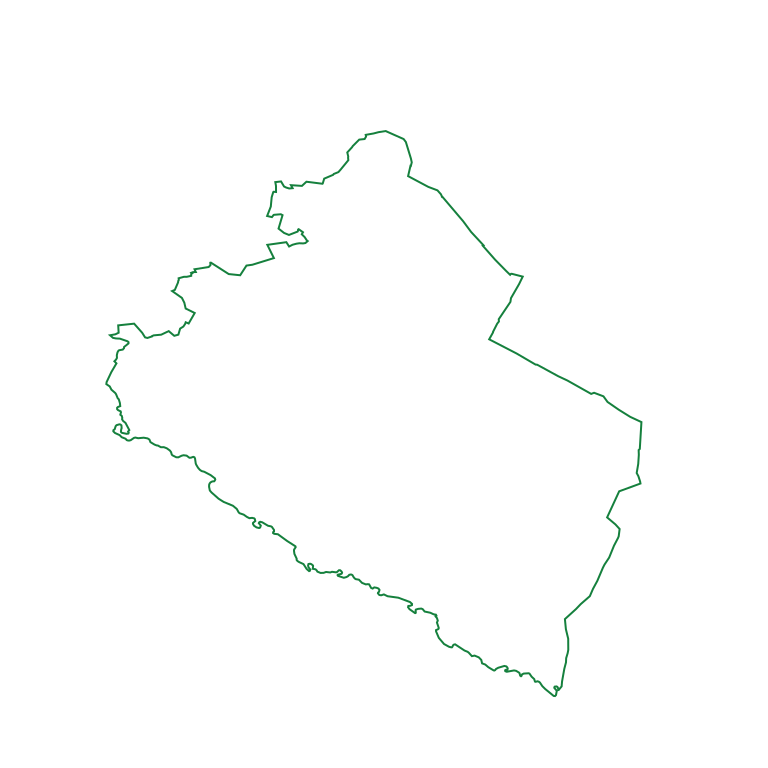 the district of Kantinieku pag., Rezeknes, Latvia, rotated 19°
{"feature_id": "27541924B86344078338923", "entity_name": "Kantinieku pag.", "entity_type": "district", "adm_level": 2, "iso_a3": "LVA", "parent_name": "Latvia", "parent_adm1": "Rezeknes", "projection": "natural_earth1", "projection_center": [27.111, 56.59], "detail": "fine", "context": "isolated", "style": "outline", "palette": "green", "viewbox_px": 768, "rotation_deg": 19, "n_neighbors": 0, "source": "geoboundaries", "source_scale": "gbopen_adm2", "svg_char_len": 6165}
<svg xmlns="http://www.w3.org/2000/svg" viewBox="0 0 768 768"><g transform="rotate(19 384 384)"><path d="M303.2,144.3L296.8,147.7L292.6,150.5L285.6,154.4L286.5,155.9L285.9,158.7L281.0,161.0L277.0,169.2L276.7,170.5L273.9,177.0L276.1,180.5L276.4,181.8L277.4,184.0L273.1,195.6L271.9,198.5L268.1,201.8L267.8,202.8L260.6,209.3L260.8,214.4L260.6,214.7L244.8,218.0L241.9,223.4L231.3,226.3L233.8,228.6L230.7,230.0L227.6,230.1L225.2,229.8L220.7,226.0L215.5,228.5L217.4,231.9L219.4,237.6L217.0,238.2L216.8,238.6L217.0,244.0L219.2,253.1L218.8,263.2L223.7,262.7L224.6,260.1L225.0,259.8L231.2,257.1L233.1,257.4L233.7,271.4L240.3,273.7L245.6,274.0L252.7,268.0L252.8,267.2L252.5,265.9L252.9,265.4L258.0,266.9L257.5,269.2L261.1,270.9L264.2,273.3L265.3,273.7L263.8,276.3L261.8,277.4L258.1,278.5L255.6,279.8L252.2,282.1L249.5,284.9L245.5,281.7L228.4,290.4L238.9,300.8L220.7,314.1L215.4,316.8L212.6,328.0L201.4,330.6L180.8,325.6L180.3,325.9L181.2,328.2L180.1,330.5L167.5,337.2L169.6,339.4L167.0,340.4L165.7,341.5L166.6,341.8L165.9,342.8L166.5,344.5L162.7,346.8L159.9,347.8L155.4,350.9L156.1,352.4L155.9,353.5L156.2,355.0L155.6,363.1L153.4,365.1L164.9,368.4L168.7,372.1L171.9,377.2L181.9,378.5L179.6,390.4L176.4,390.2L176.4,392.0L175.6,395.0L173.2,398.0L173.5,404.3L170.0,406.7L163.2,404.1L157.3,409.9L150.4,413.0L149.1,414.2L149.2,414.5L145.3,417.5L142.9,417.7L138.7,414.3L128.1,408.3L113.6,415.1L116.4,421.9L113.8,424.5L109.1,427.1L112.7,428.6L115.7,428.2L119.5,427.1L127.6,427.1L128.8,427.6L129.2,428.8L126.2,433.6L126.5,434.8L125.8,436.5L122.6,438.3L122.1,438.9L121.7,440.8L122.0,443.7L123.0,446.3L122.7,448.1L121.7,450.3L124.3,451.6L122.3,461.6L121.1,472.5L121.5,474.5L125.5,475.6L128.1,478.1L132.8,480.0L134.0,480.9L136.9,484.2L138.2,484.8L140.5,488.0L141.8,490.8L139.8,492.5L139.4,493.4L139.9,494.7L141.1,495.3L143.9,495.6L144.5,496.4L144.7,498.9L146.4,499.5L147.5,501.1L147.9,502.7L149.4,503.9L152.2,504.9L158.2,510.5L157.5,512.3L158.5,513.2L158.4,514.1L156.8,514.9L152.2,515.5L151.2,515.2L150.7,514.5L150.3,512.4L150.3,511.1L149.2,508.6L148.0,508.1L146.9,508.3L144.5,510.0L144.0,511.3L144.1,514.4L143.2,515.8L143.5,516.9L145.6,517.9L150.7,518.4L153.3,519.7L157.5,519.9L159.0,520.8L160.2,520.8L161.4,520.5L162.8,519.6L165.1,516.4L166.3,515.6L169.2,515.3L174.3,513.0L178.2,512.4L180.3,512.9L182.1,515.0L186.7,516.0L189.0,516.1L190.2,515.8L193.6,516.4L196.4,515.4L199.5,515.5L203.2,516.6L204.9,517.8L206.2,519.7L207.1,520.3L211.4,520.9L213.4,520.3L216.0,517.7L217.7,516.6L220.7,516.0L224.0,517.1L225.5,516.5L227.3,515.0L228.6,515.0L229.6,516.0L231.9,520.5L232.8,521.5L235.4,523.7L237.8,525.1L239.9,525.7L242.6,525.5L249.8,526.6L254.9,528.3L255.6,529.4L255.2,531.2L253.3,532.1L252.0,533.5L251.5,534.9L251.5,536.3L252.1,538.2L254.0,541.4L256.2,542.7L264.9,546.3L267.8,547.0L270.8,547.7L280.8,548.3L285.5,550.1L288.4,552.7L289.5,553.2L293.9,553.2L297.6,554.3L300.4,554.7L302.9,553.5L305.1,553.3L305.9,553.8L306.9,555.5L305.4,557.9L305.6,558.9L307.2,560.3L310.1,561.1L312.4,560.9L313.2,560.6L313.6,559.9L313.6,558.0L310.9,556.3L311.0,555.5L311.8,554.6L313.9,554.4L320.5,555.8L323.5,555.4L324.5,555.6L327.5,557.8L328.0,559.2L327.4,560.2L327.7,561.1L329.0,561.4L332.6,560.6L343.6,564.0L353.1,566.3L353.6,567.0L352.9,569.9L353.2,571.0L354.6,573.8L358.3,577.6L358.6,578.7L358.9,579.0L360.0,579.6L361.7,580.0L366.5,580.5L371.1,584.1L374.1,585.3L374.7,584.8L374.7,583.4L372.3,581.9L371.3,580.3L371.2,578.8L372.6,578.0L374.0,578.0L375.9,578.7L376.2,579.1L376.8,581.9L379.6,581.5L381.1,582.2L382.1,583.1L385.5,583.3L388.4,582.2L390.4,580.6L394.5,579.7L396.0,578.5L399.9,577.7L400.7,577.2L402.1,574.7L403.3,574.4L405.0,575.2L405.8,576.0L405.8,576.6L405.6,577.3L402.4,579.4L402.3,579.8L403.0,580.4L409.1,580.3L411.3,578.8L412.5,577.5L413.3,575.7L414.7,574.9L415.5,574.8L416.4,575.0L418.4,576.7L419.9,577.5L420.9,577.7L424.0,577.2L428.0,579.2L432.0,579.4L433.9,578.5L435.2,578.3L438.2,581.0L439.9,581.1L441.0,579.5L443.4,579.1L445.4,579.2L446.8,580.2L446.9,582.2L446.3,583.2L446.4,583.9L448.3,585.0L450.1,584.7L452.4,583.0L456.5,583.5L467.1,581.4L479.6,581.7L482.1,582.8L482.4,584.0L480.8,585.3L479.3,585.9L479.4,587.2L481.4,588.6L487.9,590.5L488.4,590.3L488.5,589.9L487.5,587.5L487.6,586.9L489.5,585.5L492.4,584.2L493.9,584.3L496.5,585.9L502.3,585.2L505.9,585.6L508.2,585.2L508.9,585.9L508.2,586.4L508.3,586.9L510.3,588.1L511.9,590.3L511.7,592.3L515.1,596.7L515.3,597.5L515.0,598.2L513.3,599.8L513.8,601.0L518.5,606.2L525.4,610.3L531.1,611.3L533.3,611.1L534.0,610.8L534.2,610.3L534.4,608.5L534.9,607.7L536.0,607.0L546.9,609.8L550.3,610.0L551.7,610.5L555.7,612.7L558.1,611.3L562.6,611.6L565.8,613.2L567.7,616.2L571.1,616.3L574.8,617.8L580.9,619.1L581.6,619.0L582.2,618.4L582.7,617.0L584.4,615.1L589.6,611.4L591.7,611.2L592.9,611.9L593.6,612.7L593.7,613.8L592.4,614.5L591.8,615.1L591.9,615.8L592.4,616.1L593.8,616.1L600.2,612.5L602.3,612.2L605.5,612.9L606.3,613.3L607.7,615.4L608.7,615.7L609.0,615.3L609.1,613.6L610.4,612.3L615.0,610.4L615.9,610.5L618.9,612.7L622.1,614.1L623.6,616.2L624.3,616.2L626.0,615.1L627.4,615.1L628.6,615.5L632.0,618.1L635.7,619.9L646.0,623.7L647.3,623.4L647.9,622.1L647.3,618.2L646.9,617.6L644.0,615.9L643.8,615.4L643.9,614.6L645.5,613.8L646.5,613.9L647.6,614.9L648.5,616.6L648.8,616.4L650.4,612.1L649.2,607.3L647.2,594.5L646.7,587.9L645.5,583.9L645.3,578.8L644.8,575.4L641.1,564.9L635.8,556.6L631.6,547.4L638.8,534.3L641.7,528.0L647.7,517.6L648.3,509.7L649.8,500.7L650.8,486.4L651.3,482.9L653.4,474.8L654.1,462.0L655.4,453.4L655.5,451.6L654.0,444.4L648.5,441.4L638.4,437.5L641.3,408.9L658.9,394.6L657.9,392.8L654.5,388.3L651.9,385.9L650.4,376.8L648.0,368.0L646.3,363.6L647.0,362.1L639.8,336.2L627.5,334.9L614.4,331.9L601.2,328.2L595.5,324.2L585.5,323.9L583.1,325.9L556.3,321.0L546.1,319.9L522.5,315.9L521.0,316.3L499.5,312.0L468.9,307.5L470.3,299.7L470.1,299.3L471.4,290.0L472.3,287.5L471.4,285.4L476.8,265.2L476.1,261.5L479.2,245.5L480.2,237.3L469.0,238.2L468.2,238.5L467.7,239.7L462.8,237.4L448.6,230.3L432.4,221.1L433.0,220.5L416.9,211.9L405.8,204.3L378.3,188.0L378.0,188.2L376.1,186.1L371.5,183.5L361.7,183.2L339.1,179.6L338.0,169.1L338.4,169.1L338.1,165.4L336.0,162.0L325.9,148.1L322.8,146.0L303.2,144.3Z" fill="none" stroke="#15803d" stroke-width="2"/></g></svg>